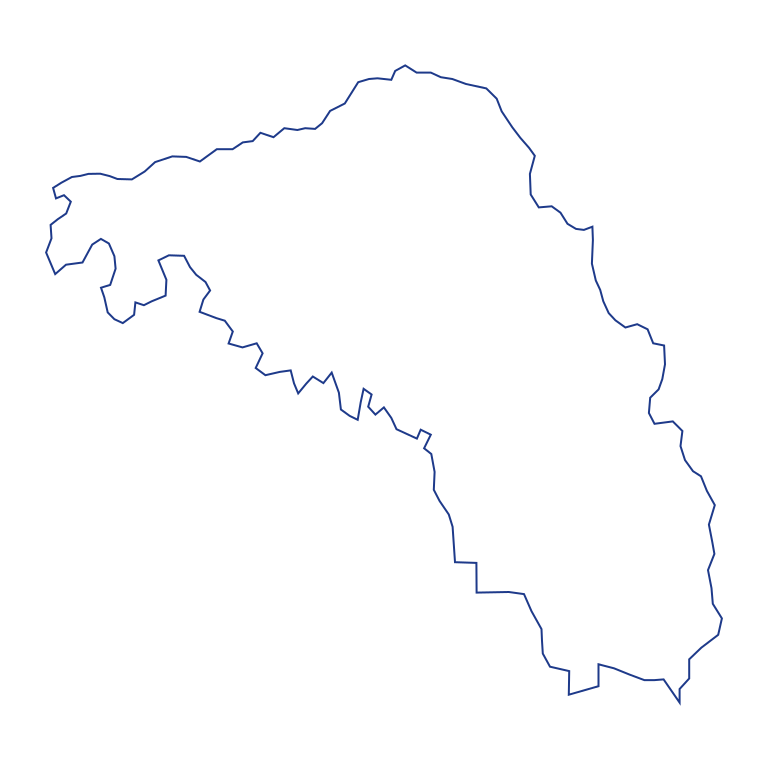 the district of Manfrinópolis, Paraná, Brazil
{"feature_id": "56859067B18280238969622", "entity_name": "Manfrinópolis", "entity_type": "district", "adm_level": 2, "iso_a3": "BRA", "parent_name": "Brazil", "parent_adm1": "Paraná", "projection": "equal_earth", "projection_center": [-53.366, -26.105], "detail": "fine", "context": "isolated", "style": "outline", "palette": "blue", "viewbox_px": 768, "rotation_deg": 0, "n_neighbors": 0, "source": "geoboundaries", "source_scale": "gbopen_adm2", "svg_char_len": 2376}
<svg xmlns="http://www.w3.org/2000/svg" viewBox="0 0 768 768"><path d="M391.3,79.8L377.5,78.3L369.0,79.0L358.2,82.2L344.8,103.5L330.1,110.9L322.1,123.2L315.1,128.9L305.2,128.2L297.4,130.0L284.3,128.2L273.5,137.2L260.4,132.8L252.7,141.1L242.8,142.4L232.6,149.2L216.8,149.2L199.9,161.5L186.2,156.9L172.3,156.4L155.1,162.1L144.7,171.5L131.9,179.4L117.4,179.0L109.7,176.1L100.2,173.7L88.4,173.9L80.4,175.9L71.9,177.0L61.4,182.7L53.1,187.9L56.0,198.4L64.0,195.2L70.8,201.7L66.2,213.5L57.8,219.2L50.6,224.9L51.5,238.3L46.1,252.5L55.2,274.1L66.0,264.7L82.5,262.5L92.2,244.6L100.9,238.9L108.9,243.5L114.4,256.2L115.6,268.7L110.2,284.9L101.0,287.7L104.3,297.3L107.7,312.4L114.4,319.2L122.8,323.1L134.1,314.8L135.4,302.4L143.9,305.2L151.7,301.3L165.6,295.6L166.4,279.8L158.4,260.4L168.9,255.3L184.1,255.8L190.0,267.1L196.2,274.8L205.5,282.0L210.1,290.5L203.4,299.5L199.6,311.8L216.3,318.1L224.8,320.7L232.8,331.5L228.6,343.5L242.5,347.4L256.7,343.3L262.6,353.3L255.7,368.0L265.4,375.2L279.8,371.9L290.7,370.4L294.0,383.3L298.2,393.4L306.2,383.7L312.8,376.5L323.4,383.1L331.7,372.6L338.9,392.7L340.9,409.5L349.7,415.9L357.7,419.8L360.7,402.3L363.6,388.8L371.6,394.5L368.2,406.7L375.4,414.6L383.9,407.4L391.3,417.9L396.5,429.2L416.9,438.6L420.7,429.7L430.8,434.7L424.1,448.3L431.3,454.0L434.6,471.9L433.8,489.8L439.6,501.0L448.8,514.5L452.6,526.8L455.0,562.2L476.4,562.9L476.6,592.6L508.8,592.0L524.0,594.1L531.5,611.2L541.5,629.1L542.0,640.9L542.8,653.6L550.0,666.7L569.2,671.1L568.8,694.7L598.5,686.2L598.5,664.3L614.0,668.3L629.6,674.6L644.3,680.1L654.7,680.1L663.6,679.4L679.6,702.6L679.6,689.0L689.2,678.5L689.2,659.3L701.3,647.7L711.0,640.3L718.2,634.8L721.9,618.4L712.8,603.8L711.5,588.2L708.0,570.1L714.4,553.9L712.3,542.1L708.9,524.6L714.8,505.1L706.9,490.9L701.0,476.3L693.0,471.2L685.0,460.1L680.5,446.1L682.4,431.0L672.8,421.4L654.5,423.8L648.9,413.0L650.2,397.7L658.6,389.4L662.3,379.1L665.0,364.3L664.1,345.5L653.2,343.3L647.6,329.3L637.2,324.2L625.4,327.5L615.4,320.3L608.7,313.1L603.3,301.3L600.2,289.9L595.8,280.5L591.9,263.6L592.9,240.0L592.4,226.7L583.9,229.9L576.0,228.9L567.5,223.8L560.5,212.7L551.7,206.3L538.8,207.4L530.7,194.5L529.9,173.9L534.8,155.8L529.1,147.9L520.3,137.8L512.3,127.3L501.7,111.4L496.7,98.7L486.3,88.4L466.0,84.0L452.3,79.0L440.8,77.2L430.8,72.6L416.6,72.6L405.2,65.4L395.2,70.9L391.3,79.8Z" fill="none" stroke="#1e3a8a" stroke-width="2"/></svg>